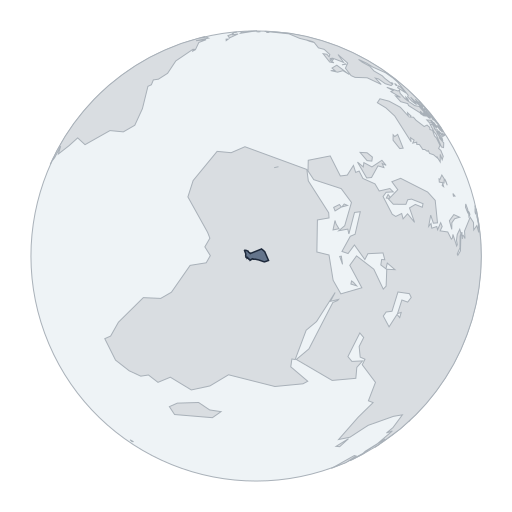 Diffa highlighted on a globe, orthographic projection, rotated 67°
{"feature_id": "NER-796", "entity_name": "Diffa", "entity_type": "Department", "adm_level": 1, "iso_a3": "NER", "parent_name": "Niger", "parent_adm1": "", "projection": "orthographic", "projection_center": [13.155, 15.532], "detail": "fine", "context": "on_globe", "style": "filled", "palette": "slate", "viewbox_px": 512, "rotation_deg": 67, "n_neighbors": 0, "source": "natural_earth", "source_scale": "10m", "svg_char_len": 10347}
<svg xmlns="http://www.w3.org/2000/svg" viewBox="0 0 512 512"><g transform="rotate(67 256 256)"><circle cx="256" cy="256" r="225" fill="#eef3f6" stroke="#a8b0b8"/><path d="M209.1,35.7L208.9,35.7L182.6,43.3L185.9,42.4L178.1,45.7L179.1,46.1L173.9,48.1L179.2,46.8L183.7,45.0L187.6,44.0L188.6,44.3L182.1,46.6L180.7,46.8L179.3,47.7L175.7,48.8L178.1,48.4L170.2,51.6L179.4,49.1L174.3,52.1L168.7,54.2L167.5,53.1L151.4,57.6L145.4,60.5L138.0,65.1L127.8,74.6L121.9,78.7L115.1,84.8L119.1,82.5L125.9,77.1L131.8,75.1L139.4,69.4L142.9,68.0L151.4,63.2L151.9,65.0L147.9,69.7L140.8,74.1L138.9,76.6L147.0,73.7L135.4,84.0L130.3,95.0L127.1,98.0L118.1,100.3L114.3,96.2L102.6,101.8L112.0,99.7L103.8,108.2L103.2,110.5L104.8,111.3L108.6,108.8L106.2,112.4L96.0,115.2L98.0,111.9L101.2,110.9L99.4,109.3L92.4,112.5L88.8,117.2L82.2,119.0L79.5,122.6L76.6,125.5L81.3,119.4L72.7,130.8L64.4,138.8L52.6,160.2L62.2,141.4L64.2,137.8L73.4,124.0L83.6,111.0L94.7,98.7L106.7,87.3L119.5,76.8L133.0,67.2L147.2,58.7L162.0,51.3L177.3,44.9L193.0,39.7L209.1,35.7ZM34.1,217.0L33.3,223.4L35.0,216.3L36.9,214.5L34.4,227.1L37.4,217.4L37.1,225.2L42.2,230.9L41.1,233.3L45.1,253.6L53.3,266.0L55.1,276.7L53.8,281.7L57.5,285.4L57.6,289.2L76.0,303.0L88.3,316.5L89.9,329.6L83.5,341.4L86.7,369.9L77.6,374.0L81.4,385.0L84.9,398.1L78.6,392.9L86.8,402.9L88.5,406.0L86.1,403.9L91.2,409.6L80.8,397.6L71.3,385.0L62.8,371.9L55.2,358.1L48.5,343.8L45.4,336.0L41.9,326.2L41.4,324.7L37.0,308.8L33.7,292.6L31.6,276.3L30.8,259.8L31.1,243.3L31.2,241.1L33.2,223.2L33.6,220.1L34.1,217.0ZM49.0,167.1L44.9,183.4L44.1,181.4L44.9,180.1L46.6,174.3L48.9,167.7L48.9,167.4L49.0,167.1ZM54.6,158.0L55.0,156.2L55.0,157.1L54.6,158.0ZM150.5,62.6L150.9,62.9L149.1,63.6L150.5,62.6ZM153.8,60.4L151.4,61.0L152.6,60.1L154.1,59.7L153.8,60.4ZM156.4,59.9L155.1,58.4L157.3,56.8L164.6,54.2L156.4,59.9ZM184.7,44.4L179.9,46.3L183.0,44.5L184.7,44.4ZM185.8,43.6L189.7,40.9L197.3,38.7L194.4,39.8L203.5,37.2L205.3,37.3L200.7,38.8L195.4,40.1L200.1,39.3L185.8,43.6ZM189.3,43.5L189.5,43.0L196.0,40.9L197.0,41.7L194.6,42.1L189.3,43.5ZM205.0,36.6L210.1,35.5L212.9,35.3L215.2,34.9L206.0,37.2L205.0,36.6ZM193.6,42.7L197.3,42.2L195.1,43.5L189.7,44.0L193.6,42.7ZM197.3,40.2L200.5,39.3L199.1,40.0L197.3,40.2ZM189.5,48.8L189.5,47.7L192.9,46.5L189.5,48.8ZM198.9,42.0L199.6,41.5L200.9,41.1L202.9,41.1L198.9,42.0ZM208.6,37.0L208.7,37.3L212.5,36.1L214.8,36.2L208.2,37.8L212.0,37.2L212.7,37.2L206.5,38.6L208.6,37.0ZM208.9,39.8L201.3,42.6L200.6,44.5L197.5,45.6L199.2,42.3L208.9,39.8ZM208.1,38.9L207.9,39.6L204.2,40.3L202.0,40.3L208.1,38.9ZM218.7,35.8L217.0,35.2L218.5,34.9L218.7,35.8ZM209.5,40.2L211.3,39.6L209.8,40.2L209.5,40.2ZM216.7,36.9L215.9,36.6L217.6,36.2L216.7,36.9ZM215.6,38.7L213.2,39.5L211.6,39.4L215.6,38.7ZM216.7,37.7L219.3,37.4L212.5,38.9L216.1,37.6L216.7,37.7ZM218.5,36.6L219.2,36.3L218.6,36.8L218.5,36.6ZM223.0,39.0L214.8,41.0L211.3,40.6L219.8,38.6L223.0,39.0ZM464.9,171.6L464.4,170.4L467.8,179.9L471.5,190.5L478.3,219.4L478.6,221.5L477.8,216.6L474.8,208.8L477.8,225.2L480.2,235.3L481.0,245.7L481.2,249.4L480.9,247.4L479.5,234.8L478.4,231.6L476.2,217.5L470.3,198.8L469.9,205.1L467.5,197.0L459.4,183.3L457.3,192.1L455.7,219.0L459.5,240.4L457.2,251.7L444.3,224.9L436.7,205.5L433.2,209.1L419.0,195.4L397.6,200.7L393.6,196.0L389.8,199.6L379.6,196.4L373.1,188.7L367.4,190.5L384.5,210.7L390.5,208.9L394.2,198.9L397.9,206.7L407.6,211.9L400.3,234.5L367.0,259.3L362.2,243.6L328.8,203.4L328.9,198.4L328.7,197.9L328.2,196.9L326.8,205.2L320.5,197.4L340.0,225.9L343.9,238.8L366.6,260.4L364.8,263.2L371.6,267.3L391.5,257.3L392.0,262.7L383.5,289.6L354.6,327.7L357.6,349.2L354.0,367.9L334.1,382.2L334.0,395.6L323.5,401.5L321.6,409.0L312.1,417.6L296.9,426.0L273.0,427.5L272.9,421.1L263.2,408.5L250.3,376.0L257.8,360.3L256.3,348.0L238.9,320.3L242.8,304.5L237.8,297.9L227.6,299.5L221.6,291.5L215.3,291.3L175.0,295.6L162.0,284.4L144.5,250.9L151.2,238.5L151.1,223.5L196.2,175.4L207.3,178.5L244.6,172.2L249.5,173.9L246.8,185.4L276.1,198.4L283.6,188.4L308.5,194.5L324.0,192.7L326.6,171.0L301.2,173.3L295.2,163.4L314.2,152.7L336.2,151.8L334.6,148.0L319.3,140.8L322.9,133.4L313.8,137.9L318.6,141.4L313.0,144.6L308.3,141.7L309.8,138.9L302.8,137.9L297.6,152.1L301.8,157.2L284.3,161.1L289.7,170.3L285.4,175.1L274.7,161.5L274.7,156.3L256.0,142.7L254.4,148.3L272.0,161.9L267.1,161.0L265.1,169.9L262.8,162.5L244.0,147.2L227.3,151.2L208.3,173.0L198.0,174.9L188.3,170.5L192.9,148.6L215.3,147.1L217.2,140.4L210.7,130.9L218.0,131.6L218.1,127.9L226.4,127.3L236.1,118.3L244.3,117.2L246.2,106.4L250.6,104.6L248.2,111.3L250.9,115.8L270.8,114.3L274.2,111.9L273.8,105.3L279.3,106.1L276.4,100.0L287.0,96.9L271.7,95.9L270.8,89.2L276.1,83.9L273.1,81.8L264.4,90.6L263.5,94.4L267.0,97.8L262.0,109.4L255.5,111.7L250.4,99.6L240.7,101.9L241.0,92.5L264.2,73.0L274.8,69.3L296.4,76.0L295.1,79.9L286.6,79.2L296.2,85.5L294.5,82.2L299.1,83.3L299.5,78.1L302.8,78.6L297.5,73.0L301.6,73.1L304.8,76.7L308.8,70.1L316.8,69.6L316.1,68.0L313.1,66.3L325.2,67.4L324.1,66.2L319.8,65.3L314.9,62.4L311.0,58.0L315.4,58.6L317.4,60.3L328.2,65.1L332.8,70.0L334.2,69.9L331.2,65.8L318.0,59.8L314.4,57.1L321.0,59.4L318.3,58.3L317.9,57.2L321.6,56.8L314.5,54.3L304.0,43.7L310.1,42.7L317.1,45.4L314.3,40.9L321.4,41.7L317.4,40.6L313.3,38.7L311.1,38.4L308.8,37.8L298.5,34.8L314.1,38.4L329.5,43.0L344.5,48.8L359.0,55.6L373.0,63.5L386.4,72.3L399.1,82.0L411.1,92.7L422.4,104.1L432.8,116.3L442.3,129.3L450.8,142.8L458.4,157.0L464.9,171.6ZM182.6,200.4L181.8,204.8L182.6,200.4ZM361.0,162.3L373.2,161.2L364.9,149.0L368.9,147.8L364.7,144.4L364.3,148.2L353.5,138.9L357.7,134.4L354.8,129.3L350.6,129.5L344.6,139.4L360.0,152.4L358.4,158.1L361.0,162.3ZM42.4,231.0L42.7,234.2L41.7,233.2L42.4,231.0ZM42.4,185.9L42.2,187.4L41.6,190.0L41.4,189.6L42.4,185.9ZM45.5,196.7L46.1,199.3L44.7,198.8L45.5,196.7ZM44.6,185.7L44.9,195.2L42.2,195.8L42.4,190.1L43.2,191.0L44.6,185.7ZM51.2,164.2L50.8,165.9L49.8,167.8L51.2,164.2ZM54.5,158.7L54.4,158.6L55.4,156.4L54.5,158.7ZM104.4,108.0L105.2,107.9L105.9,109.3L104.0,110.1L104.4,108.0ZM118.7,109.0L114.5,114.8L116.2,110.9L112.7,112.6L111.9,107.1L125.4,99.2L119.4,103.5L118.7,109.0ZM114.6,98.3L113.6,102.2L114.2,98.3L114.6,98.3ZM210.4,110.2L213.9,112.3L211.6,116.5L201.3,119.7L204.4,113.4L210.4,110.2ZM219.3,114.5L217.1,102.7L223.4,100.8L220.2,103.7L224.6,103.7L220.7,108.5L228.9,119.0L227.4,123.6L209.2,125.9L215.9,122.4L212.2,120.2L219.3,114.5ZM200.3,81.6L199.4,78.1L214.2,78.4L213.3,81.7L203.0,84.6L198.0,82.4L200.3,81.6ZM169.6,56.2L168.3,56.0L170.1,55.2L172.7,54.7L169.6,56.2ZM189.2,48.4L177.1,56.8L175.0,56.8L170.5,62.5L163.2,65.0L166.4,61.0L157.4,67.6L157.3,65.1L151.8,69.7L159.7,60.7L159.3,59.2L162.5,59.8L169.2,57.5L172.0,56.0L179.6,51.1L182.1,47.4L189.1,45.0L193.5,44.4L193.9,44.9L189.2,46.1L193.3,46.0L186.8,48.2L189.2,48.4ZM240.1,47.0L234.4,46.7L241.4,49.7L235.0,50.7L236.2,51.0L232.2,53.0L229.4,56.1L226.2,56.3L226.5,57.5L223.9,59.0L223.2,60.8L217.3,62.0L216.0,64.4L214.0,63.6L213.3,67.6L211.1,65.2L207.5,67.5L211.5,68.6L181.3,73.6L170.3,78.6L162.3,84.4L159.7,80.5L165.5,73.0L175.5,65.0L186.5,61.2L183.3,60.5L187.6,58.6L188.3,59.9L189.8,56.8L193.5,55.7L202.5,50.6L202.3,47.4L205.6,45.8L207.5,46.5L209.4,44.4L215.3,44.8L217.8,43.8L226.1,43.4L228.4,45.9L231.0,44.6L237.4,44.7L240.1,47.0ZM225.3,39.0L229.5,41.0L228.1,42.7L214.3,42.7L211.2,43.6L202.3,44.3L204.6,41.9L206.9,41.8L209.7,41.3L207.9,42.2L211.4,41.1L214.8,41.1L218.4,40.3L218.8,41.1L225.3,39.0ZM254.2,169.4L257.8,169.8L263.3,169.0L262.1,174.9L254.2,169.4ZM241.2,159.1L244.3,158.3L245.4,165.6L241.6,165.5L241.2,159.1ZM245.2,152.0L244.4,157.7L242.6,154.5L245.2,152.0ZM251.0,110.4L254.3,109.5L255.0,111.0L253.6,113.4L251.0,110.4ZM259.6,58.4L256.5,57.4L257.3,56.7L254.1,53.3L258.6,52.6L262.3,54.4L259.6,58.4ZM322.8,175.0L318.9,179.6L316.3,177.8L318.2,176.6L322.8,175.0ZM289.5,177.5L297.5,179.6L289.1,179.1L289.5,177.5ZM263.9,57.1L262.1,55.7L265.5,56.2L263.9,57.1ZM261.7,52.0L265.6,52.3L258.8,52.2L261.7,52.0ZM379.1,441.3L378.3,442.7L376.0,443.7L379.1,441.3ZM387.8,359.3L370.1,392.9L360.8,394.6L360.7,385.9L368.4,366.1L379.6,358.8L385.6,349.0L387.8,359.3ZM480.9,269.7L480.9,268.4L478.1,243.5L479.2,242.1L481.3,253.8L480.9,269.7ZM460.3,242.2L464.2,253.5L462.5,256.7L460.3,242.2ZM468.1,180.0L467.6,178.6L467.4,178.3L468.1,180.0ZM299.9,53.4L299.3,58.5L301.9,62.7L308.0,65.4L299.1,64.2L295.2,57.7L299.9,53.4ZM303.0,44.6L297.6,42.9L300.1,42.7L301.6,43.0L303.0,44.6ZM299.7,44.2L293.0,44.1L290.0,42.6L295.9,42.9L299.7,44.2ZM278.6,49.4L278.1,50.9L275.4,50.3L278.6,49.4ZM307.7,37.7L304.7,37.0L305.5,36.9L307.7,37.7ZM297.0,35.1L298.2,35.7L295.1,34.8L297.0,35.1ZM301.2,37.2L297.8,35.8L303.6,37.5L301.2,37.2Z" fill="#d9dde1" stroke="#a8b0b8" stroke-width="1"/><path d="M257.7,263.2L256.8,263.1L256.7,263.2L256.6,263.3L256.4,263.4L256.4,263.5L256.3,263.8L256.2,263.8L255.9,263.8L255.7,263.9L255.2,264.0L254.9,264.1L254.8,264.3L254.7,264.4L254.7,264.5L254.6,264.4L254.5,264.5L254.4,264.6L254.2,264.7L254.2,264.8L254.0,264.7L254.0,264.8L253.9,264.9L253.7,265.0L253.7,265.3L253.5,265.6L253.4,265.7L253.2,265.6L252.9,265.6L252.7,265.6L252.3,265.5L252.2,265.5L251.8,265.5L251.7,265.4L251.0,265.0L250.6,264.8L249.4,264.5L247.6,264.5L246.9,264.4L246.5,264.4L246.4,264.4L246.3,264.0L246.3,263.9L247.0,263.1L247.1,262.9L247.1,262.7L248.6,261.3L248.8,261.3L249.0,261.4L249.8,261.2L250.7,260.5L250.8,260.5L251.1,260.5L251.3,260.5L251.5,260.3L251.4,260.2L251.2,260.0L251.2,259.9L251.3,259.8L251.4,259.7L251.5,259.6L251.7,248.3L251.7,248.2L251.8,248.2L252.6,247.6L255.4,246.3L265.0,246.2L265.0,246.3L265.0,246.5L265.0,246.8L265.0,247.0L264.9,247.4L264.9,247.5L264.9,247.9L264.9,248.1L264.9,248.3L264.9,248.6L264.8,248.8L264.8,249.0L264.8,249.3L264.8,249.5L264.8,249.9L264.7,250.1L264.7,250.4L264.7,250.5L264.5,250.8L264.3,251.0L264.1,251.3L263.9,251.5L263.7,251.7L263.5,252.0L263.3,252.2L263.1,252.4L262.8,252.7L262.6,252.9L262.4,253.1L262.2,253.4L262.0,253.6L261.8,253.8L261.6,254.0L261.4,254.3L261.2,254.5L260.8,254.9L260.6,255.1L260.5,255.3L260.4,255.4L260.3,255.6L260.2,255.8L259.9,256.1L259.7,256.4L259.6,256.6L259.4,256.9L259.3,257.1L259.1,257.2L259.0,257.4L258.9,257.5L258.7,257.9L258.6,258.0L258.4,258.5L258.3,258.8L258.3,259.0L258.2,259.2L258.1,259.3L257.9,259.5L257.9,259.8L257.8,260.0L257.7,260.0L257.3,260.1L257.2,260.1L257.1,260.3L257.1,260.5L257.2,260.8L257.2,261.0L257.3,261.2L257.3,261.3L257.4,261.6L257.4,261.8L257.5,261.9L257.5,262.1L257.5,262.3L257.6,262.6L257.6,262.8L257.7,263.1L257.7,263.2Z" fill="#64748b" stroke="#1e293b" stroke-width="1.5"/></g></svg>